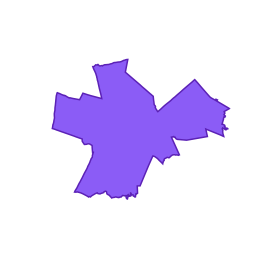 outline of Raciu, Dâmbovita, Romania, rotated 133°
{"feature_id": "2599482B50297970543738", "entity_name": "Raciu", "entity_type": "district", "adm_level": 2, "iso_a3": "ROU", "parent_name": "Romania", "parent_adm1": "Dâmbovita", "projection": "mercator", "projection_center": [25.443, 44.813], "detail": "fine", "context": "isolated", "style": "filled", "palette": "violet", "viewbox_px": 256, "rotation_deg": 133, "n_neighbors": 0, "source": "geoboundaries", "source_scale": "gbopen_adm2", "svg_char_len": 5640}
<svg xmlns="http://www.w3.org/2000/svg" viewBox="0 0 256 256"><g transform="rotate(133 128 128)"><path d="M161.1,196.4L161.5,196.3L161.7,196.1L163.1,195.1L163.4,194.8L163.8,194.5L164.3,194.0L164.6,193.8L164.9,193.5L165.4,193.2L166.1,192.8L167.9,191.6L168.2,191.3L169.0,190.5L169.7,189.8L170.0,189.4L170.4,189.0L171.1,188.4L173.1,187.2L173.6,186.8L174.9,186.0L175.9,185.5L176.2,185.3L176.4,185.2L176.7,185.2L177.0,185.0L179.3,183.4L180.0,183.0L179.3,181.6L178.7,180.3L177.9,178.3L177.4,177.3L176.4,174.9L175.8,173.5L175.5,172.9L174.2,169.9L172.6,166.3L170.7,161.9L170.1,160.4L167.3,154.0L167.9,153.4L168.6,152.8L168.8,152.6L169.0,152.1L169.2,151.4L169.8,148.7L168.3,147.3L167.2,146.7L166.6,146.2L166.2,145.8L165.9,145.2L165.8,144.8L165.6,143.8L165.4,143.1L165.3,142.4L165.5,142.1L166.2,141.4L166.7,140.9L168.2,139.3L170.0,137.3L169.4,137.1L169.3,136.8L169.5,136.7L170.4,136.3L170.7,136.2L171.1,136.0L171.6,135.7L172.0,135.6L172.8,135.0L173.6,134.3L173.8,134.2L174.0,134.1L175.2,134.1L175.8,133.9L176.4,133.6L177.6,133.2L179.2,132.5L181.0,131.9L183.6,131.2L184.7,130.7L185.9,130.3L187.8,129.8L189.4,129.4L191.0,129.0L195.8,127.5L198.5,126.8L199.1,126.6L199.9,126.4L202.1,125.9L203.1,125.6L206.7,124.5L207.2,124.4L209.9,123.9L211.3,123.4L210.6,122.5L209.3,121.4L207.9,118.8L207.5,117.9L206.9,116.1L205.8,112.1L205.3,109.7L204.6,109.7L204.0,108.4L202.6,108.4L198.5,107.2L196.4,106.3L196.5,105.2L195.3,103.5L193.9,102.9L192.9,102.3L191.7,101.7L191.1,102.0L190.6,101.9L189.6,101.4L189.2,100.4L190.1,99.2L190.6,98.2L190.3,96.9L190.0,95.9L190.0,95.2L190.2,94.1L190.2,92.7L190.3,92.2L189.8,92.0L189.3,91.7L188.5,91.1L187.8,90.5L186.9,90.1L186.6,89.8L186.3,89.1L185.9,88.4L185.6,87.8L185.5,87.6L185.1,87.4L184.9,87.4L184.5,86.8L184.1,86.8L183.8,86.6L183.4,86.2L183.0,85.9L182.7,86.0L181.7,85.9L181.1,86.0L180.6,85.3L180.1,84.7L179.7,83.8L179.4,83.5L178.9,83.5L178.7,83.2L179.5,82.5L180.3,81.7L180.4,81.0L180.5,80.3L180.3,80.0L179.1,80.7L178.5,81.0L178.0,81.6L177.7,82.0L177.7,82.5L177.4,82.4L177.1,82.2L176.8,82.4L176.6,82.4L176.7,82.0L176.7,81.7L176.7,81.4L176.5,81.2L177.0,81.0L177.2,80.9L177.3,80.8L177.0,80.5L176.6,80.3L176.3,79.9L176.1,79.8L175.6,79.7L175.4,79.6L175.1,79.8L175.0,80.4L174.7,80.7L174.4,80.9L174.2,81.5L173.8,81.8L173.7,81.6L173.7,81.2L173.9,80.8L174.1,80.3L174.1,79.4L173.9,79.1L173.5,78.7L174.1,77.9L174.1,77.7L173.9,77.2L173.7,77.0L173.7,76.9L173.8,76.7L173.8,76.3L173.8,76.0L173.6,75.7L173.2,75.6L173.0,75.8L173.0,76.1L172.6,76.1L171.9,76.6L171.4,76.9L171.2,76.8L170.9,76.8L170.7,77.3L170.4,77.3L169.9,76.7L169.5,76.5L169.2,76.5L164.1,81.7L163.0,80.7L162.1,79.7L141.9,87.2L131.7,90.7L131.4,90.7L130.6,88.8L130.2,85.6L130.4,83.0L130.4,80.9L130.5,78.2L130.2,78.4L129.7,78.7L129.3,78.8L129.0,79.1L128.4,79.3L127.8,79.5L127.3,79.4L126.9,79.5L126.5,80.1L125.9,80.3L125.3,80.3L124.9,80.0L124.5,79.8L123.8,79.7L122.8,79.4L122.3,78.6L121.9,77.8L121.4,77.5L119.7,77.5L117.4,77.1L116.6,76.5L115.6,75.5L115.3,74.7L114.5,74.1L114.0,73.5L113.7,72.6L112.6,72.1L105.1,90.0L104.8,89.8L104.1,89.4L103.9,88.9L103.6,88.8L103.3,88.8L103.0,88.7L103.1,88.1L103.0,87.4L102.6,87.1L102.9,86.6L103.0,86.0L103.1,85.5L102.9,84.8L102.7,84.2L96.9,76.8L97.0,76.9L80.1,64.1L75.7,70.4L75.5,69.8L69.9,55.2L69.2,53.0L68.9,52.2L68.1,53.5L67.5,54.6L66.1,56.3L65.3,56.8L64.7,57.5L64.6,58.1L64.1,58.7L63.4,58.8L63.4,58.7L63.2,58.3L63.1,57.7L62.9,56.8L62.9,56.0L62.8,55.5L62.3,55.1L61.8,55.7L61.7,55.6L61.3,55.2L61.1,54.8L60.8,54.6L60.5,54.4L60.4,54.5L60.4,54.8L60.5,55.3L61.0,56.0L61.3,56.3L61.7,56.8L61.9,57.2L60.9,57.8L61.0,58.5L60.5,58.6L60.5,59.0L60.4,59.1L60.1,59.2L60.3,60.5L61.1,61.8L56.4,64.2L55.9,64.7L54.2,65.4L54.0,64.6L52.9,64.9L52.8,66.9L51.0,67.3L50.9,67.7L50.8,67.8L50.6,68.7L50.4,68.9L44.7,67.1L44.7,67.6L47.8,81.6L47.4,81.6L46.5,81.7L46.7,82.5L47.0,83.3L48.1,83.0L49.2,87.4L49.4,88.6L49.4,89.4L49.3,90.8L48.8,95.8L48.1,102.6L47.5,107.7L47.1,112.2L47.9,112.3L50.5,112.5L51.4,112.6L52.2,112.7L54.0,112.9L57.4,113.3L61.8,113.8L66.5,114.2L69.9,114.6L73.5,114.9L75.2,115.2L76.9,115.3L77.2,115.4L77.4,115.4L77.6,115.4L77.8,115.4L78.5,115.4L80.7,115.7L83.3,116.1L84.7,116.3L86.2,116.5L88.1,116.7L91.5,116.9L93.5,117.1L95.7,117.3L95.8,117.4L95.3,119.2L95.2,119.4L95.1,120.1L94.9,120.8L94.7,121.2L94.6,121.7L94.5,122.0L93.7,122.4L93.4,122.8L93.3,123.1L93.2,123.9L93.1,124.7L90.6,127.7L90.5,127.9L87.6,131.2L87.7,132.6L87.7,133.7L87.7,134.1L87.8,134.7L87.9,138.0L88.0,141.6L88.2,145.6L88.2,147.1L88.2,148.2L88.2,148.4L88.2,148.5L89.0,168.0L78.0,174.9L78.1,175.0L78.7,175.5L79.0,175.8L79.5,176.1L80.7,176.7L81.2,177.1L81.8,177.4L82.7,177.7L83.4,178.0L84.1,178.3L85.2,179.0L85.8,179.5L86.6,180.3L87.7,181.1L88.8,182.0L89.6,182.8L90.5,183.2L91.4,183.5L91.9,183.7L92.7,184.3L93.2,184.6L94.3,185.2L94.9,185.6L95.1,185.8L95.6,186.3L96.1,186.7L96.4,187.0L97.6,188.1L98.0,188.4L98.8,188.7L99.2,188.8L99.8,189.0L100.0,189.1L99.9,189.4L100.0,189.6L101.6,190.7L101.8,190.9L102.0,191.3L102.1,191.5L102.0,193.0L102.0,193.3L102.3,193.5L102.9,193.4L103.8,194.7L106.3,194.8L107.1,195.6L107.9,194.1L108.1,193.6L108.7,192.2L109.3,190.6L110.1,188.8L111.5,186.4L111.9,185.7L112.3,185.3L112.8,184.4L113.3,183.7L113.6,183.4L113.8,183.2L114.0,182.7L114.8,181.4L115.3,180.7L117.6,177.4L118.7,175.8L121.3,171.7L122.8,169.5L124.4,167.3L125.1,168.6L125.2,168.8L126.8,171.8L129.7,177.2L131.1,180.0L133.3,184.7L134.4,184.4L134.8,184.3L135.3,184.1L135.6,184.0L137.1,183.6L140.3,182.7L143.9,188.3L145.6,191.2L146.1,191.4L146.7,193.7L147.1,195.9L147.7,197.1L147.9,197.0L148.9,199.7L149.4,201.3L149.6,201.9L149.8,202.2L150.0,202.4L150.0,202.8L150.4,203.8L150.6,203.8L150.9,203.7L153.5,202.3L160.7,196.8L161.0,196.5L161.1,196.4Z" fill="#8b5cf6" stroke="#5b21b6" stroke-width="1.5"/></g></svg>